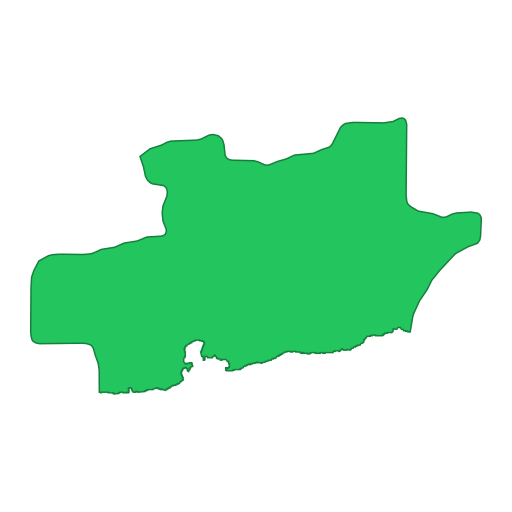 the district of San Pedro de Macorís, San Pedro de Macorís, Dominican Republic
{"feature_id": "3306468B30679779198976", "entity_name": "San Pedro de Macorís", "entity_type": "district", "adm_level": 2, "iso_a3": "DOM", "parent_name": "Dominican Republic", "parent_adm1": "San Pedro de Macorís", "projection": "natural_earth1", "projection_center": [-69.289, 18.484], "detail": "fine", "context": "isolated", "style": "filled", "palette": "green", "viewbox_px": 512, "rotation_deg": 0, "n_neighbors": 0, "source": "geoboundaries", "source_scale": "gbopen_adm2", "svg_char_len": 6107}
<svg xmlns="http://www.w3.org/2000/svg" viewBox="0 0 512 512"><path d="M140.0,156.5L143.4,166.5L145.5,176.4L147.5,180.1L150.3,182.8L152.7,183.9L163.4,185.5L165.6,187.0L166.9,189.3L167.3,191.9L166.9,196.1L162.9,206.2L162.2,212.9L163.0,221.1L166.2,229.2L166.3,231.7L165.4,234.1L163.3,235.6L160.9,236.2L146.9,237.0L137.2,241.0L124.1,243.1L114.5,247.3L101.4,249.4L93.2,253.1L90.3,253.9L82.7,254.5L60.7,254.2L53.1,254.6L48.7,255.6L38.9,260.9L33.8,270.7L31.6,277.2L31.0,288.0L30.7,332.0L31.2,336.9L32.1,339.9L33.0,341.2L35.5,342.8L39.7,343.7L82.1,343.2L86.6,343.6L90.7,345.0L91.8,345.9L93.4,348.4L95.4,355.7L98.2,363.3L99.2,370.1L99.3,392.2L100.8,392.2L100.8,392.8L101.3,392.8L101.3,392.2L108.2,392.2L108.2,392.8L113.0,392.8L113.0,393.4L114.1,393.4L114.1,394.0L118.9,393.4L118.9,392.8L119.9,392.8L119.9,392.2L123.1,392.2L123.1,392.8L126.3,392.8L126.3,392.2L127.4,392.2L127.4,392.8L128.4,392.8L128.4,392.2L129.0,392.2L129.0,389.6L128.4,389.6L128.4,388.4L129.0,388.4L129.0,387.8L131.1,387.8L131.1,388.4L131.6,388.4L131.6,389.6L132.1,389.6L132.1,390.9L133.2,391.5L133.2,392.2L135.9,392.2L135.9,391.5L138.0,391.5L138.0,392.2L144.9,391.5L144.9,390.9L146.0,390.9L146.0,390.3L147.6,390.3L147.6,389.6L152.9,389.6L152.9,389.0L156.0,388.4L156.0,387.8L157.7,387.8L157.7,388.4L158.7,388.4L158.7,389.0L160.3,389.0L160.3,389.6L160.8,389.6L160.8,389.0L162.4,389.0L162.4,389.6L165.6,390.3L165.6,389.6L166.7,389.6L166.7,389.0L167.7,389.0L167.7,388.4L168.8,388.4L168.8,387.8L169.9,387.8L169.9,387.1L170.9,387.1L171.5,385.9L173.1,385.9L173.1,385.3L175.7,385.3L175.7,384.6L176.8,384.6L176.8,384.0L178.4,384.0L178.4,383.4L179.4,383.4L180.5,381.5L181.6,381.5L182.1,380.2L183.1,380.2L183.1,377.7L182.6,377.7L182.6,376.5L182.1,376.5L182.1,375.2L181.6,375.2L181.6,374.0L181.0,374.0L181.0,372.1L181.6,372.1L181.6,370.8L182.1,370.8L182.1,370.2L182.6,370.2L182.6,368.9L183.1,368.9L183.1,368.3L184.7,368.3L184.7,367.7L186.3,367.7L186.9,368.9L187.4,368.9L187.4,370.8L188.5,371.5L188.5,370.8L189.5,370.2L189.5,368.9L190.1,368.9L190.1,367.7L190.6,367.7L190.6,367.1L192.7,366.4L192.7,365.8L192.2,365.8L192.2,363.9L191.7,363.9L191.7,362.7L189.5,362.7L189.5,363.3L186.9,363.3L186.9,363.9L185.3,363.9L184.7,362.7L183.7,362.0L183.7,358.3L184.8,357.7L184.8,356.4L185.3,356.4L185.3,352.0L184.8,352.0L184.8,350.1L184.2,350.1L184.2,348.9L184.8,348.9L184.8,347.6L185.3,347.6L185.3,346.4L185.8,346.4L185.8,345.7L186.9,345.7L187.4,344.5L189.5,343.9L189.5,343.2L190.6,343.2L190.6,342.6L191.7,342.6L191.7,342.0L193.8,341.3L193.8,340.7L195.4,340.7L195.4,340.1L199.6,340.1L199.6,340.7L201.8,340.7L201.8,341.3L203.9,341.3L203.9,342.6L204.4,342.6L204.4,343.9L203.9,343.9L203.9,345.1L203.3,345.1L203.3,346.4L202.8,346.4L202.8,347.6L202.3,347.6L202.3,349.5L201.8,349.5L201.8,350.8L201.2,350.8L201.2,352.0L200.7,352.0L201.7,356.4L202.8,356.4L202.8,357.0L203.9,357.7L203.9,358.3L203.3,358.3L203.3,360.2L204.4,360.2L204.4,359.5L204.9,359.5L204.9,356.4L207.1,356.4L207.6,357.7L212.4,357.7L212.9,356.4L214.0,356.4L214.5,355.1L215.0,355.1L215.6,356.4L216.6,357.0L216.6,358.3L217.7,358.3L217.7,358.9L219.8,358.9L220.3,360.2L221.9,360.2L221.9,359.5L226.2,359.5L227.2,361.4L228.3,361.4L228.3,362.0L228.8,362.0L228.8,363.9L229.4,363.9L229.4,367.1L228.8,367.1L228.8,367.7L227.8,367.7L227.8,368.3L227.2,368.3L227.2,367.7L225.7,367.7L225.7,370.2L226.7,370.2L226.7,370.8L232.6,370.8L232.6,370.2L234.2,370.2L234.2,369.6L240.0,369.6L240.0,368.9L241.1,368.9L241.1,368.3L243.2,367.7L243.7,366.4L244.8,366.4L244.8,365.8L246.4,365.8L246.4,365.2L247.4,365.2L247.4,364.6L249.0,364.6L249.0,363.9L249.6,363.9L249.6,364.6L250.6,364.6L250.6,363.9L252.2,363.9L252.2,363.3L254.9,363.3L254.9,362.7L257.0,362.7L257.0,362.0L257.5,362.0L257.5,362.7L261.2,362.7L261.2,363.3L261.8,363.3L261.8,362.7L265.5,362.0L265.5,361.4L268.7,360.8L268.7,360.2L271.3,360.2L271.9,358.9L273.5,358.9L273.5,358.3L275.6,358.3L276.7,356.4L278.2,356.4L278.2,355.8L279.3,355.8L279.3,355.1L280.4,355.1L280.4,354.5L281.4,354.5L281.4,353.9L282.5,353.9L282.5,353.3L284.6,352.6L284.6,352.0L286.7,352.0L286.7,351.4L290.5,351.4L290.5,352.0L292.6,352.0L292.6,351.4L295.8,351.4L295.8,352.0L300.0,352.0L300.0,352.6L301.1,352.6L301.1,353.3L302.2,353.3L302.2,352.6L303.7,352.6L303.7,353.3L307.5,353.3L307.5,353.9L309.6,353.9L309.6,353.3L310.7,353.3L310.7,352.6L315.4,352.6L315.4,353.3L320.2,353.3L320.2,352.6L322.9,352.6L322.9,353.3L325.0,353.3L325.0,352.6L333.0,352.6L333.5,351.4L335.1,351.4L335.1,350.8L338.8,350.8L338.8,351.4L339.4,351.4L339.4,350.8L340.4,350.8L340.4,350.1L340.9,350.1L341.5,348.9L342.0,348.9L342.0,349.5L343.6,349.5L343.6,350.1L346.8,350.1L346.8,349.5L350.0,350.1L350.0,349.5L351.0,349.5L351.6,348.2L353.2,348.2L353.7,347.0L355.3,347.0L355.3,346.4L356.4,346.4L356.4,345.7L357.9,345.7L357.9,345.1L360.1,345.1L361.1,343.2L362.7,343.2L363.3,342.0L363.8,342.0L363.8,340.1L364.3,340.1L364.3,339.5L365.4,338.8L365.4,338.2L365.9,338.2L367.0,336.3L370.2,336.3L370.2,335.7L372.3,335.7L372.3,335.1L375.5,335.1L375.5,335.7L382.4,335.7L382.4,335.1L383.4,335.1L383.4,334.4L384.0,334.4L384.0,333.8L385.0,333.8L385.0,333.2L387.2,333.2L387.2,332.6L391.9,332.6L392.5,331.3L393.0,331.3L393.0,329.4L393.5,329.4L393.5,328.8L396.7,329.4L397.8,327.5L400.4,327.5L401.5,329.4L403.1,329.4L403.6,330.7L405.8,330.7L405.8,331.3L407.9,331.3L407.9,331.9L410.0,331.9L410.1,332.6L412.8,316.5L413.8,313.3L419.6,300.7L427.2,289.5L431.8,280.2L440.0,270.1L454.4,254.7L456.8,252.8L468.4,246.6L477.5,243.3L479.8,240.0L480.6,235.7L481.3,218.0L479.8,214.7L477.8,213.2L471.2,212.1L456.5,213.0L452.4,214.0L445.8,217.1L442.0,217.3L432.8,213.7L418.2,211.1L410.8,206.7L408.0,204.2L406.8,201.5L406.1,195.2L406.7,124.3L405.6,120.2L404.7,119.1L402.6,118.0L399.3,118.4L393.1,121.5L383.6,122.9L353.4,122.4L345.8,123.4L343.3,124.7L340.5,127.4L332.3,143.9L330.8,145.9L328.8,147.3L321.7,149.6L313.6,153.3L294.5,155.1L286.4,158.9L277.4,161.5L268.4,165.2L264.6,164.9L258.0,161.8L253.7,160.7L232.5,160.2L229.8,159.8L227.4,158.6L226.4,157.7L225.1,155.2L224.0,144.8L222.7,140.4L221.3,138.2L218.2,135.7L213.0,134.5L209.1,135.1L201.2,139.0L196.9,140.1L170.9,141.1L166.9,142.3L161.3,145.2L150.0,148.8L140.0,156.5Z" fill="#22c55e" stroke="#15803d" stroke-width="1.5"/></svg>